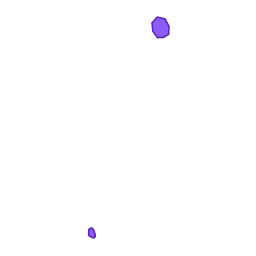 the state/province of Iles Saint-Paul et Nouvelle-Amsterdam, rotated 18°
{"feature_id": "ATF-5918", "entity_name": "Iles Saint-Paul et Nouvelle-Amsterdam", "entity_type": "state/province", "adm_level": 1, "iso_a3": "ATF", "parent_name": "French Southern and Antarctic Lands", "parent_adm1": "", "projection": "orthographic", "projection_center": [77.53, -38.279], "detail": "fine", "context": "isolated", "style": "filled", "palette": "violet", "viewbox_px": 256, "rotation_deg": 18, "n_neighbors": 0, "source": "natural_earth", "source_scale": "10m", "svg_char_len": 414}
<svg xmlns="http://www.w3.org/2000/svg" viewBox="0 0 256 256"><g transform="rotate(18 128 128)"><path d="M121.5,13.5L129.5,12.7L135.6,18.6L137.7,26.3L133.7,31.0L128.0,33.0L121.7,28.3L118.3,20.6L121.5,13.5ZM127.3,235.9L129.7,239.5L130.5,241.5L129.6,243.0L127.9,243.3L124.1,242.5L123.3,241.1L122.1,236.9L123.0,235.1L124.6,234.2L126.2,235.1L127.3,235.9Z" fill="#8b5cf6" stroke="#5b21b6" stroke-width="1.5"/></g></svg>